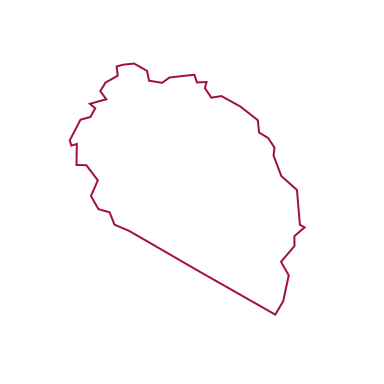 Madison, Virginia, United States of America, rotated 160°
{"feature_id": "52423323B5475439623259", "entity_name": "Madison", "entity_type": "district", "adm_level": 2, "iso_a3": "USA", "parent_name": "United States of America", "parent_adm1": "Virginia", "projection": "equal_earth", "projection_center": [-78.275, 38.429], "detail": "fine", "context": "isolated", "style": "outline", "palette": "rose", "viewbox_px": 384, "rotation_deg": 160, "n_neighbors": 0, "source": "geoboundaries", "source_scale": "gbopen_adm2", "svg_char_len": 758}
<svg xmlns="http://www.w3.org/2000/svg" viewBox="0 0 384 384"><g transform="rotate(160 192 192)"><path d="M155.7,48.3L143.7,58.1L129.6,80.6L132.2,96.0L114.2,106.2L110.9,115.5L98.3,120.2L101.8,124.3L92.7,158.0L102.6,176.4L102.9,198.4L99.3,205.4L101.9,216.5L108.6,224.9L105.6,237.0L117.5,256.0L131.6,272.1L141.5,274.0L144.4,285.1L140.7,290.3L149.9,293.3L149.7,301.4L174.0,307.3L182.7,304.8L194.3,311.3L192.8,321.2L202.5,332.5L213.8,335.3L219.9,335.7L222.0,326.7L235.9,324.4L243.7,318.1L240.8,308.5L257.8,309.8L254.3,303.7L261.9,297.2L272.0,298.1L289.2,282.3L289.5,276.9L283.8,276.5L291.3,256.9L282.1,253.3L276.5,235.2L288.3,222.8L285.8,207.9L276.4,201.1L276.0,187.8L264.5,177.1L214.0,116.8L155.7,48.3Z" fill="none" stroke="#9f1239" stroke-width="2"/></g></svg>